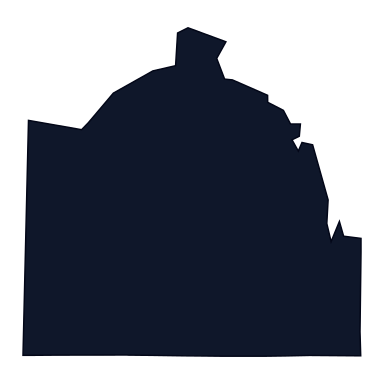 Lincoln, Tennessee, United States of America
{"feature_id": "52423323B92383596242389", "entity_name": "Lincoln", "entity_type": "district", "adm_level": 2, "iso_a3": "USA", "parent_name": "United States of America", "parent_adm1": "Tennessee", "projection": "equal_earth", "projection_center": [-86.542, 35.181], "detail": "fine", "context": "isolated", "style": "filled", "palette": "ink", "viewbox_px": 384, "rotation_deg": 0, "n_neighbors": 0, "source": "geoboundaries", "source_scale": "gbopen_adm2", "svg_char_len": 750}
<svg xmlns="http://www.w3.org/2000/svg" viewBox="0 0 384 384"><path d="M57.4,355.1L126.6,355.0L127.1,355.0L128.7,355.1L131.0,355.1L138.3,355.2L150.2,355.3L150.3,355.3L177.2,355.7L184.4,355.8L195.9,355.9L196.0,355.9L206.0,356.0L223.9,356.2L230.7,356.2L263.4,356.2L285.5,355.9L309.5,355.4L360.7,355.8L360.0,331.7L361.0,252.2L361.0,238.4L343.6,236.2L339.4,221.5L331.1,241.7L326.8,223.5L328.1,199.9L312.6,144.8L302.0,142.5L298.3,151.1L292.0,139.8L299.3,136.2L300.4,124.0L290.5,124.0L283.4,110.4L267.7,102.3L267.6,95.3L232.4,79.9L224.6,79.1L216.7,58.4L225.9,41.8L188.0,27.8L177.6,33.0L175.6,65.7L152.9,70.9L113.4,93.1L88.2,122.9L81.6,129.7L28.5,120.4L23.0,355.3L33.2,355.3L57.4,355.1L57.4,355.1Z" fill="#0f172a" stroke="#020617" stroke-width="1.5"/></svg>